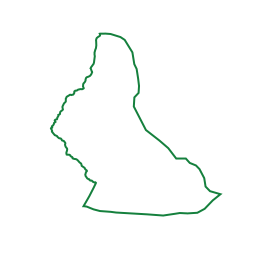 Assoungha, Ouaddaï, Chad, rotated 167°
{"feature_id": "50815135B12284790062818", "entity_name": "Assoungha", "entity_type": "district", "adm_level": 2, "iso_a3": "TCD", "parent_name": "Chad", "parent_adm1": "Ouaddaï", "projection": "mercator", "projection_center": [22.07, 13.467], "detail": "fine", "context": "isolated", "style": "outline", "palette": "green", "viewbox_px": 256, "rotation_deg": 167, "n_neighbors": 0, "source": "geoboundaries", "source_scale": "gbopen_adm2", "svg_char_len": 4075}
<svg xmlns="http://www.w3.org/2000/svg" viewBox="0 0 256 256"><g transform="rotate(167 128 128)"><path d="M107.8,166.5L107.0,174.0L106.3,183.6L107.5,188.8L106.7,200.7L111.4,214.6L114.8,218.2L114.9,218.3L123.8,223.5L128.6,225.0L134.1,226.2L134.3,226.2L134.2,225.7L134.4,224.5L134.5,224.4L134.9,224.1L135.0,224.0L136.3,223.6L137.0,223.3L137.4,223.1L138.2,222.7L139.0,221.6L139.2,221.0L139.4,220.7L139.6,219.2L140.3,215.6L141.2,213.2L141.3,213.0L141.4,212.8L142.2,211.7L143.5,209.3L143.6,209.2L143.7,208.5L144.0,207.6L144.1,206.9L144.1,206.6L144.2,205.6L144.2,205.4L145.0,203.3L146.4,199.5L146.5,199.3L146.6,199.1L147.1,198.3L147.2,198.1L147.5,197.9L150.5,195.3L150.6,195.1L151.0,194.6L150.9,194.5L150.8,193.3L150.8,193.1L150.6,191.5L150.5,190.6L150.4,190.6L150.4,190.4L150.5,190.3L151.8,188.5L153.2,187.4L154.9,186.9L155.3,186.9L156.0,186.8L156.7,186.7L156.9,186.7L157.3,186.4L157.5,186.3L158.3,185.1L158.5,184.5L158.6,184.4L158.7,183.8L158.8,183.7L159.2,183.1L159.4,182.8L161.0,181.6L161.4,181.2L161.5,181.2L161.9,180.5L162.2,179.5L162.5,178.6L162.3,177.6L162.2,177.0L162.2,176.8L162.2,176.7L162.6,176.4L164.1,176.1L164.9,176.4L165.3,176.5L165.7,176.6L167.2,176.6L167.5,176.6L168.0,176.6L169.5,176.0L170.0,176.1L170.9,176.2L171.1,176.2L171.9,175.7L172.0,175.7L172.2,175.4L172.3,175.0L172.3,174.9L172.3,174.7L172.4,174.3L172.9,173.8L173.3,173.3L173.8,172.9L175.2,172.9L175.5,172.8L176.8,173.4L177.2,173.4L177.3,173.3L180.7,172.2L181.7,170.9L181.9,170.7L182.0,170.6L182.1,170.1L182.4,168.9L182.6,168.0L182.7,167.8L183.1,167.4L184.8,166.4L186.4,164.4L186.5,164.3L187.0,163.6L187.2,163.0L187.2,162.7L187.3,160.6L188.1,160.0L188.7,159.8L189.8,159.3L190.2,159.0L190.5,158.7L191.2,156.9L191.5,156.7L193.0,156.4L193.1,155.5L193.4,155.1L194.1,154.4L194.3,154.3L194.4,154.2L194.5,154.0L194.6,153.9L195.0,152.8L195.3,152.5L196.2,152.5L196.3,152.5L197.0,152.4L197.4,152.1L197.6,152.0L197.7,151.9L197.7,151.5L197.6,151.1L197.5,150.9L197.3,150.3L197.8,150.1L198.3,149.8L198.6,149.6L198.8,149.6L199.6,148.2L200.4,147.4L200.5,147.4L201.4,147.0L201.7,146.8L201.8,146.7L201.8,146.4L201.7,146.0L201.7,145.6L201.8,145.4L202.3,145.3L203.0,145.2L203.2,144.9L202.7,143.1L202.6,142.6L202.6,142.4L202.6,142.1L202.9,141.8L202.9,141.7L202.9,141.4L201.9,139.4L201.1,137.8L201.0,137.6L200.9,137.6L199.0,136.1L198.6,135.0L198.1,134.4L197.7,133.8L197.5,133.6L196.7,133.2L196.3,133.1L195.9,132.9L195.4,132.1L195.1,130.8L194.9,130.6L194.1,130.2L193.5,129.8L193.4,129.7L193.3,129.4L192.7,128.2L192.5,127.7L192.5,127.3L192.5,127.1L192.6,126.9L193.1,126.0L193.1,125.4L193.1,124.8L193.0,124.2L193.0,123.9L192.9,123.6L192.7,123.1L192.5,122.7L192.2,122.1L192.1,121.9L192.0,121.6L192.1,120.8L192.2,120.4L193.0,118.8L193.2,118.6L193.3,118.4L193.6,117.8L193.6,117.7L193.8,116.8L193.8,116.7L193.7,116.0L193.7,115.9L193.2,115.7L192.3,115.4L192.2,115.4L191.3,115.2L190.6,114.6L190.4,114.3L190.4,114.2L190.3,113.5L189.6,112.8L189.5,112.7L189.0,112.3L188.9,112.2L188.7,111.7L188.8,111.4L188.8,111.0L188.8,110.9L188.7,110.8L187.9,110.3L187.2,109.9L186.5,109.7L185.3,109.1L185.1,108.9L184.3,107.9L183.2,105.9L183.1,105.6L182.3,104.6L181.8,104.0L181.7,103.9L181.7,103.7L181.6,103.2L181.6,101.5L180.8,100.6L180.5,100.3L179.7,99.4L179.3,99.0L179.2,98.5L179.1,97.9L178.4,96.6L178.1,96.3L177.7,95.8L177.7,95.7L177.8,95.2L178.2,94.9L178.5,94.7L178.8,94.5L178.9,94.4L179.4,93.4L180.1,92.2L180.1,90.9L180.1,90.7L179.8,90.0L179.0,88.0L178.0,87.1L177.6,86.8L177.3,86.7L177.2,86.4L177.2,86.1L176.6,85.3L176.4,85.3L176.3,85.2L176.1,85.2L175.2,84.9L174.6,84.1L174.5,83.8L174.4,83.8L174.3,83.6L173.8,83.1L173.2,82.7L172.9,82.5L172.7,82.5L172.3,82.4L172.0,82.4L171.7,81.9L171.6,81.7L172.8,80.1L173.0,79.9L175.0,77.4L181.0,70.3L186.2,64.7L188.1,62.7L188.9,61.8L188.5,61.7L185.9,60.7L179.9,56.5L174.0,53.4L163.7,50.2L158.6,48.3L128.9,39.6L113.4,34.8L100.9,33.8L96.6,33.5L89.2,31.4L79.5,29.8L71.5,32.0L61.7,38.4L52.8,42.7L62.3,48.0L65.6,53.5L65.0,62.0L67.6,71.9L70.2,76.2L75.7,80.1L78.5,85.2L87.9,87.4L93.3,99.3L100.2,108.7L111.0,122.0L117.5,147.6L114.9,156.4L109.8,159.8L107.8,166.5Z" fill="none" stroke="#15803d" stroke-width="2"/></g></svg>